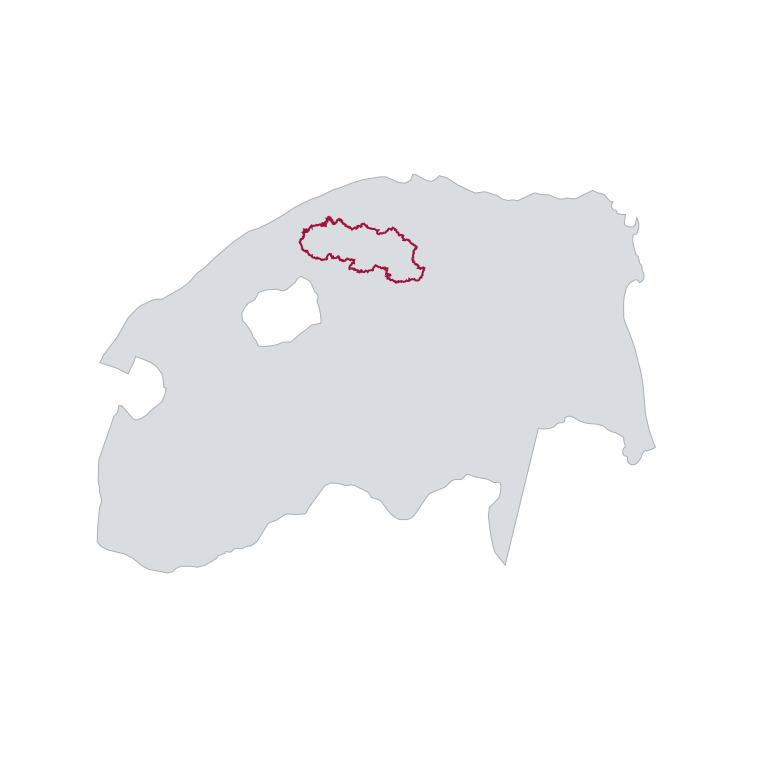 Chris Hani, Eastern Cape, South Africa (highlighted), rotated 197°
{"feature_id": "47623444B97098873518332", "entity_name": "Chris Hani", "entity_type": "district", "adm_level": 2, "iso_a3": "ZAF", "parent_name": "South Africa", "parent_adm1": "Eastern Cape", "projection": "orthographic", "projection_center": [27.423, -31.861], "detail": "fine", "context": "in_parent", "style": "outline", "palette": "rose", "viewbox_px": 768, "rotation_deg": 197, "n_neighbors": 0, "source": "geoboundaries", "source_scale": "gbopen_adm2", "svg_char_len": 9793}
<svg xmlns="http://www.w3.org/2000/svg" viewBox="0 0 768 768"><g transform="rotate(197 384 384)"><path d="M535.5,140.1L554.6,137.9L563.1,139.6L573.3,143.9L582.8,145.6L599.1,144.6L604.7,145.4L609.0,147.0L612.2,149.3L616.4,165.5L619.9,183.0L619.7,188.5L620.2,190.7L624.6,198.2L626.1,202.8L628.7,206.7L633.9,225.4L634.5,228.6L632.9,273.4L630.5,278.7L631.2,285.8L628.5,286.6L613.1,277.0L610.3,277.2L605.8,280.4L601.5,285.5L599.5,290.0L591.2,301.8L590.5,309.5L591.0,316.1L593.6,316.4L595.3,321.2L599.4,328.9L606.5,334.0L613.1,336.4L622.4,337.3L629.7,337.5L629.5,332.4L631.7,318.8L643.9,321.0L662.1,321.4L660.5,330.2L653.1,350.1L648.0,372.7L642.1,383.9L638.9,388.5L629.9,396.5L625.2,399.1L621.3,399.9L605.9,416.3L600.1,424.2L594.8,436.0L589.8,442.4L582.2,456.1L569.3,476.4L558.5,489.7L553.8,493.5L550.6,495.3L542.2,503.0L530.4,515.4L521.3,526.5L508.0,539.1L500.3,544.6L488.8,555.5L485.6,557.1L472.8,567.2L463.6,573.4L448.8,580.7L442.9,582.7L428.8,581.0L422.9,582.1L418.1,586.5L417.7,592.8L415.7,593.7L402.7,591.1L397.4,591.7L394.4,595.1L392.0,599.3L384.6,599.7L371.4,595.8L355.8,593.6L352.2,593.4L344.9,596.9L342.3,597.5L331.3,597.3L325.2,595.5L319.4,595.7L315.1,597.6L309.7,598.5L295.9,610.8L288.4,611.3L282.1,613.0L270.6,612.1L267.2,613.0L264.0,615.2L256.3,616.6L253.4,618.6L241.2,630.1L235.7,629.3L229.0,629.7L220.9,624.6L218.0,625.1L218.7,623.4L218.7,620.4L215.7,617.5L212.7,617.9L210.9,615.5L206.3,615.6L202.6,616.7L201.0,606.9L199.1,606.1L194.5,606.2L192.3,606.7L191.3,607.7L190.3,610.1L190.9,616.9L189.1,615.1L186.9,611.2L185.9,606.8L186.1,601.6L189.4,599.3L187.9,592.9L181.4,582.0L177.9,579.9L174.8,574.3L172.0,572.4L170.5,568.4L167.7,565.4L166.3,560.3L167.5,557.3L169.6,555.5L172.1,557.8L174.8,556.6L178.5,552.5L180.4,546.6L179.8,537.6L178.7,532.0L174.2,517.7L172.4,514.5L164.3,504.7L154.6,491.5L141.8,470.4L135.5,457.7L125.2,431.8L116.9,417.4L107.1,404.1L105.9,403.3L107.0,401.5L111.4,397.8L113.4,396.7L114.5,397.0L115.5,396.0L116.4,393.7L116.7,388.6L118.4,383.2L120.2,380.7L124.2,378.9L127.4,380.5L128.9,382.3L129.7,384.8L131.1,385.9L133.4,385.6L135.0,387.0L136.2,390.2L136.2,392.5L135.1,394.1L135.4,395.9L137.2,398.2L139.4,403.2L148.0,405.1L152.7,405.0L157.3,405.9L161.7,407.9L168.7,407.8L178.2,405.8L186.2,405.7L192.6,407.5L197.2,407.6L199.9,405.9L201.0,403.8L200.4,401.1L201.7,399.3L204.8,398.3L207.2,396.1L208.9,392.6L213.1,389.6L219.9,387.0L223.4,386.9L215.2,246.2L228.3,255.1L231.5,259.3L238.4,272.1L245.5,287.9L246.9,295.7L246.8,297.4L240.9,308.5L240.9,313.7L242.0,319.9L243.6,322.9L245.5,323.8L249.9,321.9L256.9,323.2L269.9,321.7L276.5,322.2L278.2,321.6L279.6,320.2L281.1,316.4L282.6,315.1L288.6,313.2L291.3,310.9L295.3,303.4L308.0,292.9L309.4,290.5L316.8,266.7L319.2,263.2L322.8,260.9L330.0,258.8L334.3,259.6L339.0,261.5L344.3,264.7L352.2,270.9L354.8,271.7L362.6,271.8L367.5,275.8L382.0,278.3L386.2,278.0L390.6,275.7L398.1,275.6L406.0,273.8L410.8,269.6L419.8,243.8L420.8,238.1L421.8,236.6L429.5,233.6L438.8,231.3L440.7,230.1L446.4,222.9L454.0,216.9L459.3,196.4L462.8,191.6L464.9,189.5L466.3,189.5L468.3,188.2L470.8,185.7L473.8,184.2L477.4,183.6L479.6,181.9L480.7,179.2L482.5,177.9L485.1,177.9L486.6,177.1L486.9,175.3L492.7,170.9L492.8,169.1L496.2,164.8L502.7,158.0L508.8,154.2L514.5,153.5L525.1,150.2L528.9,146.9L531.4,142.5L535.5,140.1ZM515.0,443.0L524.0,439.6L530.6,435.1L532.2,426.8L537.3,421.7L539.3,416.9L540.8,410.3L537.9,403.3L533.8,401.2L526.3,395.1L523.1,391.0L518.6,387.6L515.4,383.5L510.1,384.7L502.0,388.0L497.0,390.9L492.8,394.5L485.2,397.1L478.2,408.4L475.9,411.0L470.4,419.3L462.4,423.4L462.3,424.9L464.9,431.7L468.6,438.4L472.4,443.9L472.2,447.3L473.5,450.0L477.0,451.8L482.8,458.7L485.6,460.9L494.4,462.6L495.7,462.2L498.1,458.1L498.5,455.2L504.4,446.4L507.0,443.7L515.0,443.0Z" fill="#d9dde1" stroke="#a8b0b8" stroke-width="1"/><path d="M505.1,508.4L504.7,508.0L505.1,507.7L504.2,506.9L504.3,506.7L504.6,506.9L505.1,506.6L504.9,506.5L505.0,505.9L504.6,505.6L505.3,505.2L504.9,505.1L504.9,504.8L504.6,504.6L504.9,504.0L504.4,503.7L504.4,503.2L503.8,503.0L503.6,502.5L504.1,501.7L503.5,501.6L503.9,501.5L503.9,501.1L504.2,500.9L503.7,500.5L504.2,499.2L505.2,498.5L505.5,498.7L506.1,498.0L505.9,497.2L505.7,497.2L505.9,496.6L505.6,495.8L506.2,495.0L505.6,494.3L504.5,493.7L504.2,493.0L503.3,492.5L502.9,491.5L501.9,490.2L502.0,489.3L501.2,489.1L500.8,488.5L500.2,488.6L499.4,488.1L498.4,488.4L498.5,488.0L497.7,488.0L497.3,487.7L497.0,488.5L496.3,488.9L495.3,487.5L494.2,486.4L493.6,486.3L493.3,485.6L491.4,485.4L490.6,485.9L490.5,485.1L489.5,484.2L487.6,484.3L487.4,484.6L486.6,484.2L485.8,484.2L485.5,484.9L485.0,485.4L484.0,485.2L484.1,484.7L483.2,485.1L481.3,485.0L480.7,484.5L479.5,484.4L478.9,485.2L478.1,485.1L476.9,486.1L475.6,486.2L475.0,487.1L475.8,487.9L475.3,490.9L474.2,492.4L473.5,492.3L472.7,492.6L472.1,491.0L471.4,490.9L470.8,489.7L470.3,490.0L470.5,490.8L470.0,491.0L469.8,489.4L466.5,490.5L465.1,492.8L464.6,492.6L464.1,491.5L463.6,491.7L462.9,490.7L463.0,490.3L462.3,489.6L461.3,490.3L460.0,489.5L459.5,490.3L458.6,489.6L456.9,490.9L457.0,491.7L456.0,492.3L455.8,493.2L454.4,493.1L452.3,492.5L451.9,493.6L450.9,493.8L450.3,493.3L448.7,494.0L448.6,492.0L448.0,490.8L449.7,490.8L450.0,490.0L449.8,488.8L451.2,487.1L451.0,484.6L450.5,483.8L448.5,485.3L446.8,484.9L446.2,485.6L445.2,485.2L445.3,484.5L441.9,485.1L441.4,484.4L441.8,483.6L440.3,483.7L440.0,483.6L439.6,484.1L439.5,484.6L439.7,484.8L439.6,485.1L439.3,484.8L438.9,486.1L437.6,485.5L437.7,484.9L435.6,485.2L434.5,487.2L433.2,486.8L432.3,486.3L431.9,487.9L429.0,489.4L428.3,489.2L427.9,489.5L428.1,491.3L428.0,492.4L427.5,493.0L427.6,493.4L426.8,495.0L425.4,494.7L425.3,494.9L423.2,494.2L421.8,494.7L420.3,493.8L419.2,494.3L418.9,495.0L418.3,495.1L417.8,494.4L417.0,494.6L416.5,494.1L416.4,494.7L415.9,495.1L416.0,495.3L415.4,495.1L414.5,495.5L414.2,493.8L414.5,493.0L414.2,490.1L413.6,490.7L411.8,490.2L410.2,490.5L409.6,489.8L410.6,489.0L411.3,489.2L411.9,489.1L413.3,487.6L412.1,487.2L411.2,486.3L411.3,485.9L410.7,486.0L410.2,486.8L409.7,486.8L409.1,486.0L409.4,485.8L408.0,485.1L406.6,486.1L404.5,485.2L404.3,485.6L403.7,485.5L403.8,485.3L402.1,484.4L401.6,484.8L401.8,485.0L401.6,485.4L401.2,485.3L400.8,485.7L400.5,486.3L400.0,486.0L399.9,486.5L399.2,486.3L398.2,487.1L397.7,487.3L397.3,486.9L396.9,487.6L395.1,487.3L393.7,488.2L392.8,489.6L392.5,489.3L391.7,489.4L390.2,490.0L390.5,491.7L389.3,491.1L388.1,492.4L386.0,492.8L385.6,493.2L385.4,492.9L384.0,492.3L381.8,492.9L380.9,493.7L380.6,496.1L379.4,496.8L379.8,497.2L379.6,498.6L378.9,499.5L379.6,500.8L379.4,504.8L379.2,504.8L379.3,506.7L380.7,506.9L381.5,506.0L381.5,505.7L382.8,505.5L383.0,504.7L383.6,504.1L383.1,504.9L383.4,505.2L384.1,505.1L383.6,505.5L385.7,506.1L385.5,507.0L386.5,507.6L387.1,507.5L387.3,507.5L387.3,507.9L387.9,507.9L387.6,508.4L388.9,507.6L390.4,508.8L390.7,509.5L391.3,509.7L392.0,509.4L392.3,510.8L392.7,510.6L393.0,511.2L392.8,511.3L393.3,511.6L393.7,513.0L393.0,513.6L393.7,515.0L394.0,516.0L393.6,517.8L393.9,518.5L394.2,518.4L394.6,519.9L394.1,520.5L394.2,521.2L393.7,521.9L393.7,522.5L393.3,522.2L393.0,522.4L392.8,523.1L392.6,524.3L393.2,525.0L394.1,525.1L395.1,525.7L395.9,525.4L396.4,525.5L396.6,525.9L397.3,526.0L397.6,526.5L398.3,526.2L400.0,526.8L401.3,528.3L401.9,528.1L402.8,528.5L402.8,528.9L403.4,528.6L404.9,528.8L405.9,527.6L407.7,527.3L407.6,528.6L408.3,528.8L409.1,529.9L409.5,529.9L408.9,531.4L409.6,531.8L412.0,531.3L412.6,530.7L413.3,530.6L414.6,533.0L415.6,532.7L416.2,532.9L416.9,533.8L417.3,534.8L418.4,534.5L418.7,535.4L421.5,536.0L421.9,533.6L423.1,534.1L424.8,534.0L425.4,532.8L425.2,531.9L426.4,530.8L426.5,529.9L426.8,529.2L427.5,528.8L428.3,528.8L429.4,527.7L429.9,527.6L430.1,527.2L431.0,527.4L432.2,526.6L432.6,525.7L432.9,525.6L434.6,526.1L435.0,527.8L434.5,529.3L436.0,528.7L438.5,529.5L440.5,528.8L441.6,529.0L442.2,528.6L443.3,528.9L445.2,528.6L445.8,528.8L445.9,529.8L446.8,530.4L447.3,529.9L447.5,530.2L448.0,530.2L450.0,531.4L450.3,530.9L451.3,531.0L452.2,530.2L452.1,528.9L451.8,528.8L451.5,528.0L452.3,527.5L452.6,527.9L454.8,527.8L455.4,527.4L454.8,526.8L454.8,526.3L455.4,526.0L455.5,525.4L456.1,525.2L455.8,525.0L455.8,524.5L456.1,524.4L456.7,525.3L457.4,525.3L457.7,524.6L458.5,524.1L459.8,522.3L461.3,523.4L462.5,523.3L462.6,523.9L463.9,523.4L465.0,523.7L464.8,524.0L466.8,523.8L466.9,524.6L467.4,524.5L467.6,525.1L468.8,525.7L469.8,525.2L470.4,526.0L470.8,526.0L471.3,526.4L471.5,527.0L471.8,526.9L471.9,527.2L472.2,526.9L473.0,527.9L472.8,528.4L473.5,528.7L474.3,528.5L474.4,527.9L475.3,528.7L475.6,528.3L475.3,527.7L475.9,527.7L476.9,526.7L476.7,525.6L476.9,525.0L476.7,524.6L477.4,523.7L477.7,524.0L478.1,523.9L477.9,522.7L478.6,522.4L479.2,522.8L479.3,522.3L479.5,522.2L480.5,523.1L480.2,524.0L480.4,524.5L481.5,524.5L481.6,524.0L481.8,524.0L482.0,524.9L481.9,525.7L483.2,525.1L483.3,525.4L482.8,526.3L483.2,526.6L483.4,526.4L483.6,525.1L483.8,525.1L484.2,525.6L483.8,526.1L484.0,527.5L484.9,527.4L485.2,526.8L485.6,527.6L486.4,526.9L486.2,526.6L485.8,526.7L485.8,525.6L486.5,525.4L485.8,525.1L485.8,524.8L486.5,524.3L485.6,523.4L485.6,523.0L486.9,523.6L486.6,523.2L487.4,521.9L487.0,521.2L487.6,521.2L487.9,520.7L487.8,520.3L487.5,520.5L486.7,520.0L486.3,520.0L486.5,519.5L486.2,518.9L486.7,518.8L486.7,518.3L486.4,518.0L487.3,517.9L487.5,518.3L488.1,518.5L488.3,519.2L487.9,519.4L488.8,519.9L489.8,519.8L490.1,519.6L489.1,517.8L489.6,517.6L489.8,517.1L489.5,517.0L489.7,516.8L491.9,518.0L493.5,516.5L493.9,516.3L494.1,516.6L495.0,516.5L495.7,515.5L497.6,514.8L498.2,514.3L499.4,513.7L499.1,512.9L499.6,513.3L499.5,513.6L499.8,513.4L499.9,513.7L500.4,512.8L500.4,512.2L501.3,509.9L501.0,509.8L500.9,509.5L501.4,509.6L501.3,508.7L501.7,507.1L502.4,506.8L502.3,507.3L502.7,507.3L502.8,507.9L502.9,507.5L503.1,507.5L503.6,508.5L503.4,508.8L503.7,509.1L504.3,508.7L504.3,508.4L505.1,508.4Z" fill="none" stroke="#9f1239" stroke-width="2"/></g></svg>